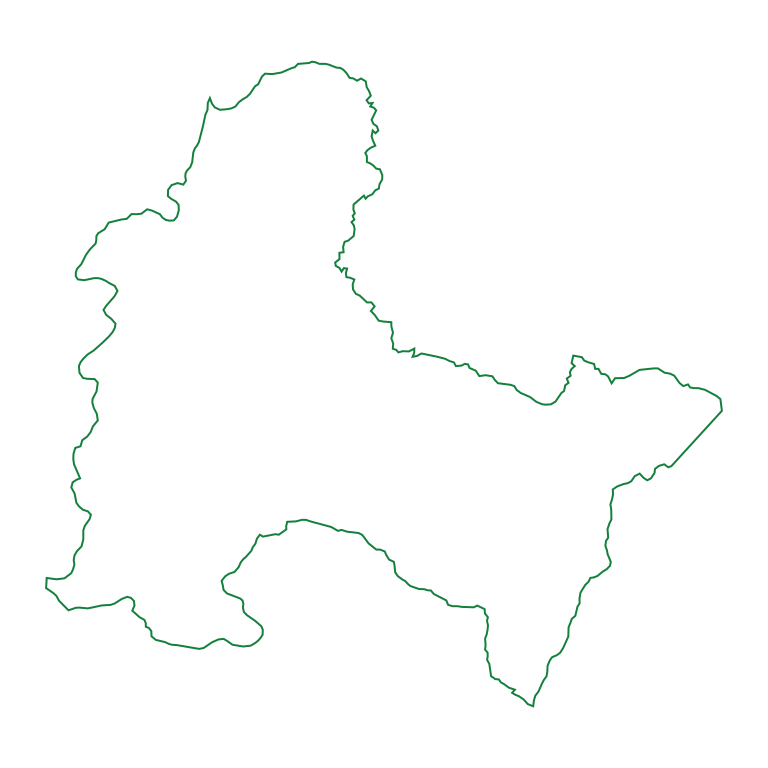 Cocalzinho de Goiás, Goiás, Brazil (Albers equal-area conic projection)
{"feature_id": "56859067B84451242980158", "entity_name": "Cocalzinho de Goiás", "entity_type": "district", "adm_level": 2, "iso_a3": "BRA", "parent_name": "Brazil", "parent_adm1": "Goiás", "projection": "albers", "projection_center": [-48.592, -15.636], "detail": "fine", "context": "isolated", "style": "outline", "palette": "green", "viewbox_px": 768, "rotation_deg": 0, "n_neighbors": 0, "source": "geoboundaries", "source_scale": "gbopen_adm2", "svg_char_len": 6024}
<svg xmlns="http://www.w3.org/2000/svg" viewBox="0 0 768 768"><path d="M721.9,410.8L720.4,399.1L716.6,396.0L705.0,389.8L698.1,388.1L693.4,388.1L690.1,387.4L688.0,384.4L683.3,386.1L679.5,383.0L674.3,375.7L670.0,373.6L664.8,372.8L657.9,368.4L653.7,368.4L639.5,369.9L629.5,375.7L624.2,378.0L615.1,378.2L611.6,383.3L608.1,376.4L605.3,374.3L601.2,373.8L598.5,368.9L595.2,368.9L594.1,364.0L588.3,362.3L584.2,360.6L581.9,357.2L573.3,355.6L571.6,363.2L574.8,366.1L571.5,369.0L569.9,372.3L570.6,375.8L566.8,378.5L568.5,382.9L565.2,385.3L564.1,390.9L561.3,393.1L555.5,401.6L551.0,404.3L545.7,404.7L542.0,404.2L536.3,401.8L530.0,397.0L520.8,393.0L516.8,390.1L514.3,386.1L510.5,384.8L497.9,383.2L494.7,379.8L492.4,376.3L485.6,375.2L479.3,376.1L475.8,370.7L469.6,368.0L468.0,364.4L464.7,363.9L461.5,365.6L455.9,366.1L453.9,362.4L449.4,361.0L445.2,358.8L437.5,356.8L421.5,353.5L416.9,356.0L412.6,356.8L414.2,352.9L414.3,348.6L409.0,351.4L402.6,351.2L398.4,352.4L396.3,349.9L392.8,348.7L393.2,343.5L391.3,338.2L393.0,332.8L391.4,326.6L391.3,322.2L382.8,321.5L378.6,320.6L375.0,315.3L370.9,311.0L374.6,306.4L371.4,302.4L367.0,302.4L359.7,295.6L355.8,293.8L353.0,289.3L352.7,284.4L354.3,279.5L350.2,277.8L346.4,277.1L345.9,272.9L347.1,268.6L343.9,268.1L341.6,271.6L339.4,267.9L335.8,265.9L335.2,262.5L339.5,259.1L339.4,252.8L343.6,252.2L343.1,246.9L344.6,241.8L348.1,240.7L353.7,236.0L354.6,229.1L353.9,225.5L351.5,222.1L354.3,219.6L352.7,215.8L354.8,213.3L353.4,209.6L353.6,204.5L363.9,195.6L365.6,198.7L367.9,196.3L372.3,194.3L375.3,190.3L378.8,188.6L379.5,184.2L382.2,179.5L382.3,175.1L379.9,169.3L376.2,168.6L373.2,165.4L370.2,163.4L366.9,162.0L366.9,156.2L365.3,153.0L367.3,150.3L370.4,147.9L375.3,145.7L373.2,141.2L371.6,136.5L372.7,130.5L375.5,133.2L378.3,130.6L376.9,126.3L373.4,123.9L371.6,119.8L376.2,110.4L373.9,107.7L370.3,106.5L372.5,103.0L368.8,103.4L366.6,100.2L370.8,95.7L369.0,91.0L366.7,87.2L365.8,81.4L361.0,78.5L357.1,80.7L353.2,78.4L349.5,77.8L346.6,73.2L343.4,69.8L340.3,67.9L336.4,67.6L329.3,64.8L325.7,63.9L319.4,63.9L315.3,62.2L312.0,61.7L309.0,63.0L298.0,63.9L294.8,67.2L291.7,68.1L281.5,72.5L272.3,74.1L265.0,73.7L262.0,76.5L258.1,84.4L255.2,86.1L249.9,93.9L246.7,97.0L242.9,99.2L239.1,102.0L235.2,106.7L231.0,108.5L227.0,109.2L219.9,109.8L214.8,107.4L211.9,103.5L209.9,98.1L207.8,103.0L207.5,109.9L205.4,114.7L202.9,126.5L198.9,142.0L196.9,145.8L194.9,148.3L193.3,152.4L192.2,162.2L190.3,167.1L187.0,170.6L185.5,173.5L185.3,176.9L186.0,180.7L183.3,184.6L177.6,183.1L171.6,185.1L168.1,189.8L167.9,196.1L171.3,198.9L176.0,201.6L178.6,204.9L178.8,210.4L177.0,216.7L173.8,220.4L169.7,220.7L165.8,219.9L162.3,217.5L159.9,214.2L152.0,210.6L147.2,209.3L141.4,213.7L136.9,214.2L131.5,214.1L126.8,218.8L121.4,219.5L108.7,222.6L104.6,229.3L98.2,233.2L96.4,236.1L96.3,240.1L95.6,243.6L90.1,249.2L88.0,252.0L85.8,255.2L81.2,264.3L77.0,268.9L75.8,272.7L75.8,276.3L77.9,279.4L84.2,280.2L94.2,278.1L98.1,278.1L101.7,279.0L105.9,280.9L109.1,283.0L114.7,285.9L117.5,290.9L114.5,296.3L106.2,305.8L103.5,309.9L106.2,314.9L111.2,318.7L115.5,323.7L114.9,327.7L112.6,332.1L109.0,336.4L102.2,343.0L93.7,350.5L87.6,354.5L83.1,358.9L80.6,362.2L78.9,366.0L79.5,372.8L83.0,378.0L87.1,378.8L94.7,379.1L97.8,382.7L96.5,391.5L92.6,398.9L92.3,402.5L93.8,408.0L96.8,413.8L97.8,420.4L92.9,426.4L90.7,432.0L87.3,436.5L82.3,440.2L80.5,446.3L75.3,447.9L73.5,453.9L73.3,459.1L74.0,464.2L80.1,478.4L76.6,479.7L72.7,482.3L71.3,487.4L74.6,493.5L76.4,502.8L79.0,506.4L83.0,509.8L87.8,511.3L90.9,514.7L89.6,519.1L84.8,525.9L83.3,530.4L83.3,539.4L81.5,546.4L76.9,551.2L74.5,555.4L73.7,560.1L74.4,564.6L73.0,569.5L71.2,573.2L64.5,578.3L56.6,579.3L46.7,578.0L46.1,588.1L53.5,593.2L56.4,595.9L59.0,600.7L68.5,610.3L75.8,607.8L79.5,607.6L87.8,608.4L102.0,605.4L110.6,604.9L114.8,603.4L121.7,599.0L127.2,596.8L130.9,597.9L133.9,600.9L134.5,605.5L132.3,610.7L139.7,617.3L144.4,619.9L145.8,623.2L145.8,626.7L149.0,628.1L151.3,631.1L151.5,636.3L155.8,639.9L165.1,642.1L169.1,644.0L172.3,644.8L176.9,645.1L199.2,648.9L203.6,648.0L212.2,642.2L218.6,639.4L223.7,638.9L227.7,641.3L232.4,644.7L243.0,646.5L250.6,645.7L255.5,642.8L258.2,640.6L260.8,637.6L262.6,634.7L262.8,629.8L261.3,626.2L255.2,620.9L246.9,615.1L243.9,612.0L242.9,607.6L243.4,603.8L242.6,600.6L240.2,598.5L226.9,593.4L223.5,589.8L222.8,585.3L221.6,580.9L225.1,576.4L229.1,573.7L234.5,572.0L238.6,567.2L240.8,562.3L243.0,559.5L245.9,556.9L251.3,550.9L252.7,547.4L255.4,543.7L256.9,538.7L259.9,534.7L263.0,536.6L275.3,534.2L278.8,534.7L286.3,529.4L286.2,526.1L287.2,521.8L295.9,521.4L302.2,519.8L306.1,519.9L310.8,521.5L331.3,527.0L338.0,530.9L341.4,529.9L347.2,531.7L358.5,533.0L362.3,535.0L368.6,543.4L376.3,549.6L380.2,549.6L384.8,551.5L386.1,554.7L389.1,559.6L393.8,561.8L394.6,565.9L395.2,572.3L397.8,576.1L402.2,579.4L405.3,581.1L407.5,583.6L410.3,586.0L419.0,589.0L424.3,589.2L427.7,590.3L430.9,590.5L433.8,594.0L446.3,600.4L448.1,604.8L452.4,606.2L457.6,606.2L461.9,606.9L473.7,607.3L477.3,605.6L484.6,609.1L485.0,613.5L487.9,617.3L487.0,620.7L488.0,625.6L487.4,630.7L486.7,634.3L485.1,638.6L485.6,645.1L485.1,649.7L487.6,652.6L487.7,656.3L487.1,659.9L489.3,663.9L491.1,676.2L495.3,679.1L498.8,679.4L500.9,682.4L504.0,684.1L508.9,687.7L514.9,689.7L512.1,692.8L515.3,694.8L518.9,696.2L523.7,699.5L527.8,704.1L533.2,706.3L533.9,700.5L535.3,695.7L538.4,691.7L542.0,683.5L543.9,679.9L546.5,676.3L547.3,671.9L547.6,665.6L550.0,660.1L552.1,657.2L556.8,655.2L560.2,652.7L563.2,647.9L568.3,636.6L568.6,627.2L570.3,623.2L571.8,618.8L575.3,615.9L577.5,606.6L579.6,603.4L579.5,598.5L580.5,592.6L585.2,585.0L588.4,581.9L590.4,577.9L593.8,577.4L597.4,576.0L602.9,571.5L606.7,569.2L610.0,565.8L610.8,561.9L607.6,554.1L607.0,550.5L605.4,545.9L606.0,541.0L608.2,537.7L607.5,529.2L609.5,523.3L611.4,519.4L611.2,509.2L610.4,504.4L612.1,499.2L613.0,494.8L612.8,489.4L617.3,486.4L624.0,483.9L627.8,483.2L631.3,481.2L634.8,476.1L639.7,473.6L643.4,477.7L647.2,480.3L650.9,478.4L654.5,473.0L655.0,468.9L658.9,465.9L664.2,464.3L668.3,467.3L671.4,466.1L721.9,410.8Z" fill="none" stroke="#15803d" stroke-width="2"/></svg>